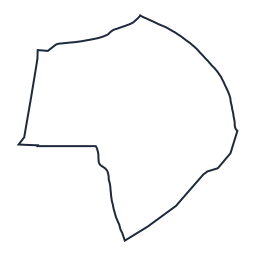 the district of Al Jubah, Ma'rib, Yemen
{"feature_id": "15242507B63276008506059", "entity_name": "Al Jubah", "entity_type": "district", "adm_level": 2, "iso_a3": "YEM", "parent_name": "Yemen", "parent_adm1": "Ma'rib", "projection": "mercator", "projection_center": [45.32, 15.139], "detail": "fine", "context": "isolated", "style": "outline", "palette": "slate", "viewbox_px": 256, "rotation_deg": 0, "n_neighbors": 0, "source": "geoboundaries", "source_scale": "gbopen_adm2", "svg_char_len": 3032}
<svg xmlns="http://www.w3.org/2000/svg" viewBox="0 0 256 256"><path d="M18.6,144.5L26.5,144.9L37.9,145.3L37.6,146.1L95.6,146.1L96.3,147.1L96.9,148.3L97.3,149.5L97.6,150.8L98.0,152.1L98.2,153.4L98.4,154.7L98.4,155.2L98.4,156.0L98.4,157.3L98.5,158.7L98.6,160.0L98.7,161.3L98.9,162.6L99.4,163.7L100.1,164.8L101.1,165.6L102.1,166.3L103.3,167.1L104.4,167.8L104.8,168.1L105.4,168.7L106.4,169.7L107.1,170.7L107.7,172.0L108.1,173.3L108.3,174.7L108.6,176.0L108.7,177.5L108.7,178.8L108.8,180.0L109.2,181.2L109.6,182.5L109.9,184.0L110.1,185.2L110.3,186.6L110.4,187.9L110.5,189.2L110.6,190.5L110.8,192.0L110.9,193.4L111.0,194.8L111.2,196.1L111.3,197.4L111.6,198.9L111.7,200.3L112.1,201.8L112.4,203.1L112.8,204.5L113.1,205.9L113.3,207.3L113.6,208.6L113.7,209.0L113.9,209.8L114.3,211.0L114.6,212.2L115.0,213.6L115.3,214.9L115.7,216.1L116.1,217.4L116.6,218.6L117.1,219.8L117.6,221.0L118.1,222.2L118.2,222.4L118.6,223.3L119.1,224.2L120.5,229.5L121.0,230.5L121.6,231.8L122.1,232.6L124.8,240.6L144.9,228.3L147.8,226.5L176.1,205.8L181.7,199.3L203.3,174.5L207.5,171.4L217.7,168.3L218.2,167.8L222.1,163.2L226.2,158.3L230.5,153.2L234.2,141.2L237.4,130.9L237.0,130.4L236.0,129.4L235.4,128.2L235.0,127.0L234.8,125.7L234.7,124.3L234.7,122.8L234.5,121.4L234.3,119.9L234.0,118.6L233.8,117.3L233.5,116.0L233.4,114.8L233.2,113.5L233.0,112.2L232.6,110.8L232.2,109.2L232.0,107.9L231.9,106.7L231.6,105.4L231.2,103.9L230.9,102.7L230.7,101.4L230.5,100.1L230.4,98.7L230.1,97.5L229.7,96.1L229.2,94.6L228.7,93.2L228.1,91.9L227.6,90.7L227.1,89.5L226.5,88.3L225.9,87.0L225.2,85.7L224.6,84.3L224.0,82.9L223.3,81.5L222.6,80.1L221.8,78.5L221.2,77.2L220.4,76.0L219.5,74.7L218.8,73.7L217.8,72.2L216.7,70.8L215.6,69.5L214.7,68.4L213.8,67.5L212.9,66.6L212.0,65.7L211.2,64.8L210.3,63.7L209.2,62.5L208.1,61.2L207.5,60.5L206.9,59.9L205.7,58.7L204.9,57.8L203.9,56.7L203.1,55.8L202.2,54.9L201.3,53.9L200.4,53.0L199.5,52.0L198.5,50.9L197.3,49.6L196.3,48.5L195.1,47.5L194.0,46.4L192.7,45.4L191.7,44.5L190.9,43.8L190.6,43.5L189.5,42.7L188.5,42.0L187.0,40.9L185.8,40.0L184.7,39.2L183.6,38.3L182.5,37.5L181.1,36.4L180.0,35.7L178.9,35.0L177.8,34.3L176.5,33.4L175.4,32.7L174.3,32.0L172.8,31.2L171.3,30.3L170.2,29.7L169.0,29.0L167.8,28.3L166.6,27.6L165.3,27.0L163.9,26.4L162.7,25.9L161.2,25.3L159.9,24.7L158.4,24.1L157.2,23.5L155.9,22.9L154.8,22.3L153.3,21.6L152.1,21.1L151.0,20.6L149.4,19.9L148.1,19.3L147.0,18.7L145.7,18.2L144.5,17.7L143.3,17.1L142.2,16.6L140.9,15.9L140.2,15.4L139.6,16.4L138.7,17.4L137.7,18.4L136.8,19.2L135.8,20.1L134.8,21.0L133.9,21.9L132.9,22.6L131.5,23.3L130.4,23.9L129.2,24.4L128.0,24.8L126.7,25.3L125.5,25.8L124.1,26.2L122.8,26.7L121.5,27.1L120.2,27.6L118.9,28.0L117.7,28.5L116.5,28.9L115.3,29.2L113.9,29.7L112.8,30.3L112.0,30.9L111.4,31.2L110.4,32.1L109.4,33.0L108.5,33.9L108.0,34.4L106.6,35.1L103.0,36.6L98.5,38.0L92.3,39.3L81.2,41.3L74.6,42.2L69.6,42.6L61.9,43.4L58.1,43.8L56.3,44.4L54.6,45.6L47.8,50.9L39.2,50.2L37.7,50.1L37.4,59.0L35.1,73.2L31.6,94.2L31.4,95.6L28.4,113.0L26.0,126.8L24.2,137.3L18.6,144.5Z" fill="none" stroke="#1e293b" stroke-width="2"/></svg>